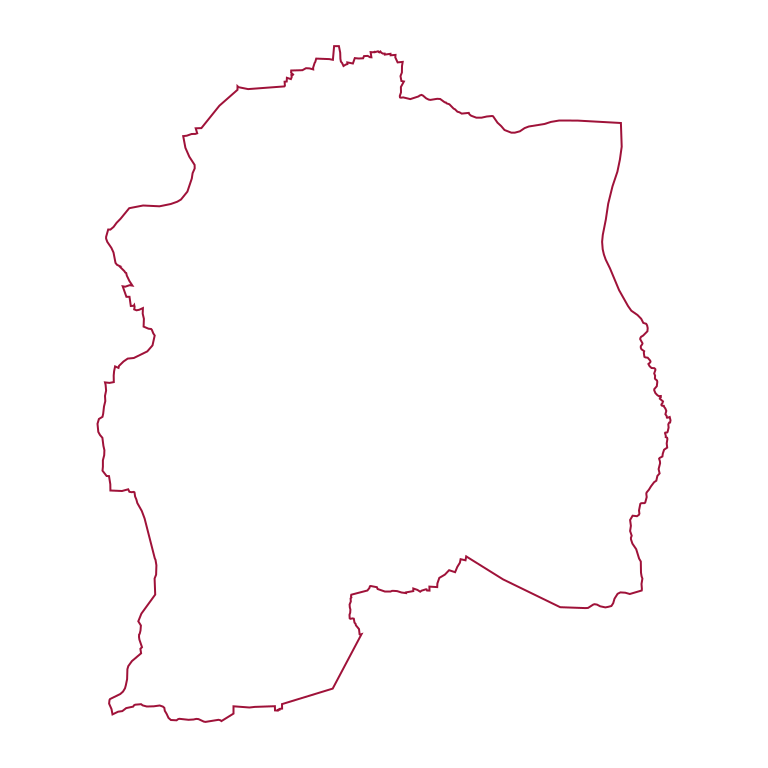 the district of Kae Dam, Maha Sarakham, Thailand
{"feature_id": "78962969B5401688500865", "entity_name": "Kae Dam", "entity_type": "district", "adm_level": 2, "iso_a3": "THA", "parent_name": "Thailand", "parent_adm1": "Maha Sarakham", "projection": "robinson", "projection_center": [103.406, 16.054], "detail": "fine", "context": "isolated", "style": "outline", "palette": "rose", "viewbox_px": 768, "rotation_deg": 0, "n_neighbors": 0, "source": "geoboundaries", "source_scale": "gbopen_adm2", "svg_char_len": 6040}
<svg xmlns="http://www.w3.org/2000/svg" viewBox="0 0 768 768"><path d="M620.9,123.0L577.7,120.6L559.3,120.5L551.0,121.9L544.4,124.0L528.8,126.5L524.6,128.1L519.9,131.3L514.7,132.7L511.4,132.7L504.5,130.0L501.2,126.1L497.5,122.7L493.1,116.3L492.1,116.0L486.8,116.5L481.4,117.7L476.4,117.7L471.1,115.7L469.4,114.3L468.8,112.9L461.7,113.6L459.5,112.3L457.4,111.7L455.0,109.3L453.6,108.6L449.4,104.3L446.5,103.3L445.9,102.5L444.7,102.3L440.2,99.0L437.2,98.8L430.4,99.9L428.7,99.6L426.1,98.3L423.0,95.6L421.5,94.9L419.5,95.6L418.6,96.4L410.3,99.1L403.2,97.4L400.9,97.7L400.0,97.4L399.8,96.0L401.0,92.4L400.9,87.0L403.9,81.5L401.4,81.0L400.5,76.1L401.9,72.5L402.0,66.0L402.7,61.9L397.6,62.4L395.3,57.4L395.5,54.9L390.6,55.3L390.5,53.8L384.8,54.6L384.7,53.6L382.9,53.6L381.3,52.7L380.4,51.5L379.6,52.2L379.4,51.9L378.7,52.1L378.0,51.3L374.8,52.2L374.6,51.8L373.1,52.3L370.6,52.1L371.4,57.3L370.0,57.2L367.7,55.9L364.0,56.1L363.1,58.3L358.5,58.5L354.8,58.1L352.9,63.5L347.3,62.4L347.4,64.1L345.7,64.6L343.5,66.0L342.1,63.0L340.9,61.6L340.4,58.8L340.2,52.7L338.9,46.1L334.1,46.1L332.9,59.8L329.3,59.1L316.2,58.6L315.3,61.9L314.6,63.0L313.1,67.8L313.2,69.4L309.5,68.4L306.0,68.2L302.4,70.2L291.2,70.5L291.1,72.7L293.1,74.5L292.6,75.1L291.4,75.1L291.7,77.1L290.9,79.1L286.9,77.8L286.7,81.5L284.6,81.7L284.9,85.7L284.4,86.4L248.1,89.1L238.6,87.2L237.5,86.2L237.5,89.8L219.4,105.7L201.4,128.1L195.7,128.3L197.2,133.3L195.4,133.9L191.6,134.0L186.8,135.7L183.2,136.1L185.4,147.8L189.3,156.7L194.6,164.9L194.7,168.4L192.6,173.2L191.8,178.5L187.4,191.6L181.0,199.5L177.3,201.7L170.8,204.0L159.5,206.3L143.1,205.5L129.2,208.2L120.6,218.7L116.6,222.8L113.6,226.9L110.4,229.6L108.2,229.5L106.1,236.9L106.1,238.6L107.3,241.9L111.4,247.9L113.5,252.5L115.5,262.9L117.0,264.8L119.7,266.1L119.4,266.2L124.5,271.3L125.2,272.5L126.2,273.0L126.8,275.6L129.4,281.0L132.4,285.6L129.6,285.2L125.2,286.7L122.7,286.3L126.4,296.8L129.5,296.8L130.8,306.0L133.7,305.8L134.2,305.0L134.6,306.8L134.2,309.4L136.5,310.3L139.1,309.8L142.9,308.1L142.7,313.7L143.9,318.8L143.6,326.6L148.5,328.7L151.1,329.0L151.9,329.9L153.3,333.4L154.7,335.5L152.5,345.4L147.3,351.4L133.8,358.0L127.7,358.6L123.5,361.5L119.0,365.9L118.5,367.9L115.1,366.4L114.1,371.2L113.7,375.5L113.8,382.1L109.5,382.9L105.0,382.4L105.6,384.8L106.1,390.6L105.0,395.9L105.3,401.1L104.0,406.5L103.2,413.6L102.5,416.8L98.9,419.0L97.5,423.8L98.3,431.9L100.0,435.0L102.4,437.8L103.4,445.8L104.4,450.2L104.2,455.2L102.9,460.3L102.9,466.8L102.5,470.7L106.6,476.0L109.0,476.1L110.3,484.2L110.4,490.5L122.0,491.0L128.2,489.3L129.4,491.8L131.6,492.2L133.8,491.9L134.5,492.4L135.1,496.5L136.4,499.6L137.3,503.0L141.8,511.0L144.6,518.5L154.8,558.4L155.5,559.8L156.4,565.3L156.1,574.7L154.6,578.5L155.2,594.6L141.4,613.6L138.3,621.3L140.9,625.5L140.5,630.5L139.7,633.8L139.1,634.5L139.0,637.0L139.4,639.6L142.0,647.2L140.4,648.8L141.1,653.3L131.9,661.1L128.3,666.1L127.4,669.2L127.1,679.2L125.8,685.4L125.0,688.3L123.0,691.6L120.3,694.0L110.1,699.0L109.5,700.0L109.1,703.6L111.5,709.1L112.5,714.4L118.1,711.7L122.3,711.1L126.2,708.1L133.2,706.6L134.0,705.3L135.2,704.7L141.1,704.2L142.7,705.4L146.8,706.5L153.8,706.3L159.7,705.5L162.9,706.6L164.3,707.8L164.8,710.8L166.6,713.8L168.5,717.9L170.9,720.0L176.6,720.3L178.0,719.2L179.3,718.8L188.5,719.8L193.5,719.5L196.3,718.9L198.5,719.1L203.8,721.6L205.5,721.9L218.5,719.8L220.5,720.3L221.4,721.1L233.5,713.6L233.5,706.3L249.5,707.5L254.8,706.9L274.9,706.2L275.0,710.4L277.8,710.6L277.9,709.9L279.5,709.8L279.5,708.9L282.1,708.6L282.0,704.1L332.7,688.6L361.5,634.2L360.2,634.6L359.6,634.3L359.0,629.1L355.9,625.3L355.6,623.9L354.5,622.6L353.8,618.7L352.7,618.4L350.3,618.8L349.7,618.3L349.5,614.8L350.2,612.7L350.4,609.6L349.8,607.3L349.6,604.5L350.8,601.5L350.6,598.4L351.4,597.5L351.0,596.2L351.3,594.7L367.4,590.5L369.4,588.0L369.9,586.3L370.7,586.0L376.9,587.2L377.6,589.0L384.8,591.5L390.6,591.5L392.0,590.9L394.1,590.9L397.1,591.1L401.5,592.5L406.0,593.1L405.9,592.4L413.3,591.1L413.3,588.5L417.4,589.9L420.2,591.7L421.5,590.7L425.9,589.3L426.5,589.3L427.0,590.5L429.5,590.6L429.4,586.6L437.2,587.1L437.4,583.4L439.3,577.9L444.9,574.6L449.1,570.2L455.1,572.2L457.3,566.9L459.9,562.7L460.6,559.2L465.5,560.3L466.2,556.4L503.1,579.4L560.2,607.2L585.7,608.1L588.1,607.9L593.2,604.6L594.5,604.2L597.0,604.6L600.2,606.3L605.4,607.4L608.4,606.8L611.4,606.0L613.2,603.2L614.5,598.7L617.6,593.8L620.4,592.4L625.2,592.7L629.8,594.0L641.7,590.5L641.9,589.0L641.5,584.0L642.4,578.6L641.6,576.4L641.0,572.7L640.8,561.5L639.1,558.6L636.2,549.2L632.4,543.6L631.0,539.4L630.9,537.9L631.7,535.7L630.1,531.0L630.9,525.8L630.1,520.0L632.6,515.7L637.0,516.2L638.9,514.8L639.4,513.6L639.0,510.5L640.3,503.9L641.2,503.2L644.5,503.1L645.2,502.6L646.7,497.1L646.3,493.7L646.6,492.5L648.9,489.7L651.0,486.3L654.1,482.2L656.3,480.7L657.4,475.9L659.6,473.4L658.6,469.1L660.1,463.2L659.9,461.2L659.1,458.7L659.7,457.9L662.4,456.5L662.8,453.6L664.1,449.7L667.2,447.6L666.7,443.4L667.4,439.0L667.1,437.7L665.7,437.1L665.8,435.8L665.0,433.0L665.3,432.6L667.0,432.5L667.6,431.9L668.6,427.6L668.3,424.3L669.2,422.6L670.1,422.5L670.5,420.3L669.7,417.0L667.8,417.7L666.9,417.6L666.7,416.1L665.4,414.2L666.3,410.9L665.3,408.4L664.2,407.0L663.8,405.8L662.2,405.8L661.5,405.2L661.4,404.4L662.4,403.2L663.0,401.4L659.8,398.7L659.8,398.2L660.8,397.3L660.8,396.0L658.8,396.1L657.4,395.2L655.4,393.1L654.2,390.2L654.3,389.1L656.8,386.2L657.3,381.9L657.0,380.5L655.2,379.0L654.9,378.3L655.1,375.7L654.2,373.4L655.4,370.0L655.3,369.1L654.4,368.2L651.5,368.0L649.6,366.2L648.4,364.0L650.2,362.4L650.5,361.6L650.2,360.6L647.7,357.7L645.4,357.4L644.4,356.8L643.8,352.8L644.2,351.2L641.5,349.3L640.8,347.8L640.8,346.2L642.2,344.3L642.5,343.3L640.2,339.2L640.3,338.2L641.1,336.8L643.1,335.6L647.4,331.3L647.7,328.1L647.1,325.4L646.2,323.8L643.3,322.9L641.2,318.8L637.5,315.0L631.3,310.7L628.0,306.0L619.1,290.2L610.0,268.4L605.7,259.6L603.9,254.5L602.7,249.3L602.1,241.8L602.8,234.8L605.8,219.7L608.2,203.7L612.5,186.3L617.4,171.7L619.9,159.6L621.7,146.7L620.9,123.0Z" fill="none" stroke="#9f1239" stroke-width="2"/></svg>